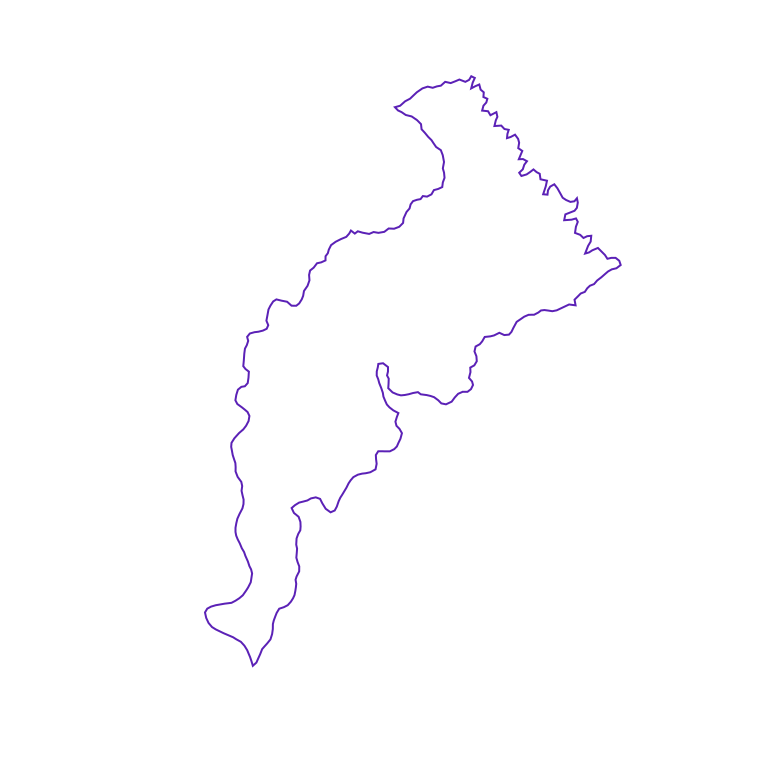 Paineiras, Minas Gerais, Brazil (orthographic projection), rotated 121°
{"feature_id": "56859067B75073626302376", "entity_name": "Paineiras", "entity_type": "district", "adm_level": 2, "iso_a3": "BRA", "parent_name": "Brazil", "parent_adm1": "Minas Gerais", "projection": "orthographic", "projection_center": [-45.479, -18.904], "detail": "fine", "context": "isolated", "style": "outline", "palette": "violet", "viewbox_px": 768, "rotation_deg": 121, "n_neighbors": 0, "source": "geoboundaries", "source_scale": "gbopen_adm2", "svg_char_len": 5410}
<svg xmlns="http://www.w3.org/2000/svg" viewBox="0 0 768 768"><g transform="rotate(121 384 384)"><path d="M693.1,351.3L688.5,349.9L684.5,350.4L679.3,351.0L674.0,351.9L670.6,351.3L666.5,350.5L661.4,349.8L656.0,351.1L651.3,353.1L647.0,355.6L643.4,356.7L639.1,357.5L635.5,358.1L630.6,358.1L626.9,354.9L623.2,352.6L618.6,351.7L614.5,351.6L611.0,352.0L607.1,353.4L603.7,354.8L600.5,356.3L597.3,359.0L594.0,359.8L588.3,360.2L584.0,362.7L581.1,366.4L578.0,369.7L573.9,371.7L569.9,373.7L566.9,376.5L561.4,379.4L556.7,380.3L552.5,380.4L549.1,382.1L545.3,384.6L541.8,388.8L540.9,394.8L537.9,399.3L533.7,397.9L529.4,395.7L526.5,392.8L523.3,389.7L519.7,387.7L516.3,384.1L515.4,379.6L518.0,375.5L521.0,369.7L521.5,363.7L517.8,361.1L513.4,361.3L507.8,362.5L503.9,362.9L500.5,362.8L497.0,362.8L492.2,362.8L487.4,363.2L483.7,363.0L479.6,362.3L475.2,359.7L472.1,356.6L469.9,353.7L466.7,350.3L461.5,347.3L456.2,349.2L452.5,352.1L449.1,354.4L444.6,354.3L442.2,350.2L438.7,344.3L434.6,341.7L430.9,340.8L427.0,341.3L422.5,341.7L416.9,343.3L414.5,347.6L413.4,351.8L410.4,354.8L405.6,356.0L401.5,356.7L401.8,362.4L401.2,367.3L400.1,371.0L397.7,374.5L395.1,378.0L392.1,380.5L388.8,384.4L385.7,388.5L382.9,391.4L380.5,394.6L376.9,396.7L372.9,397.9L369.7,399.2L366.7,395.5L367.4,389.3L371.3,387.0L375.1,385.8L377.0,382.7L381.5,380.2L385.4,378.2L386.8,372.3L386.1,367.2L385.0,363.6L382.7,360.5L380.0,357.5L376.7,354.4L373.5,350.7L373.9,347.2L371.5,341.7L370.3,338.0L369.5,334.3L370.0,329.1L371.1,324.9L369.5,320.4L364.3,316.9L359.1,316.4L354.2,315.4L350.1,312.5L347.7,308.4L343.6,306.8L339.0,307.2L336.5,309.8L335.0,314.3L329.3,316.0L325.5,318.5L321.5,316.2L316.7,316.2L312.6,319.1L309.5,323.2L304.7,324.8L300.6,322.4L296.9,321.8L291.8,321.9L288.4,317.4L285.7,314.7L280.7,311.5L280.1,306.1L277.3,302.3L273.7,301.6L269.2,302.0L262.4,302.3L258.3,300.4L254.1,298.5L250.2,295.7L247.3,291.0L243.2,288.5L240.1,287.3L238.0,284.6L236.4,280.9L234.9,277.2L231.9,273.9L226.2,270.1L220.5,266.3L217.9,260.3L213.6,264.1L208.5,262.8L205.1,262.0L201.6,259.3L197.3,259.1L193.7,258.1L190.2,255.4L185.5,254.6L180.4,252.6L175.4,251.0L172.1,249.9L168.4,247.8L165.1,244.4L160.1,242.4L157.2,245.8L156.6,250.4L158.8,254.1L161.6,257.0L159.6,261.1L158.3,266.3L157.2,270.7L162.1,274.3L165.6,276.0L168.6,278.8L160.5,280.2L155.5,280.2L150.2,282.7L152.7,286.0L156.1,288.2L155.1,292.7L156.1,298.1L150.3,300.5L145.2,301.4L143.2,304.7L146.5,307.8L150.8,313.9L145.2,315.9L141.3,312.9L137.4,309.9L133.7,309.4L128.7,311.3L125.4,314.3L129.3,314.9L131.9,318.0L132.5,322.7L132.3,326.8L129.8,331.1L126.9,336.2L125.1,340.9L129.2,343.2L133.5,343.2L137.5,341.4L139.4,345.3L131.4,347.1L125.8,349.0L127.9,355.3L123.6,358.8L123.8,362.3L123.1,366.4L127.2,368.0L130.9,369.7L134.9,373.4L133.3,376.9L128.5,375.6L123.7,376.7L119.4,376.2L119.6,380.7L121.9,384.2L113.0,385.5L112.7,390.4L107.6,392.4L104.8,395.3L102.8,400.1L107.1,402.7L109.9,405.2L106.1,407.0L101.9,408.0L103.4,412.1L102.1,416.6L106.0,422.2L100.3,424.0L96.6,424.4L93.1,427.7L98.8,431.2L96.6,435.3L99.1,440.7L94.2,442.1L90.0,441.3L86.3,442.3L86.8,446.6L82.6,448.7L81.9,452.8L78.2,456.6L81.7,459.1L85.7,461.5L80.0,463.2L74.9,463.8L75.3,467.7L79.5,467.7L83.1,469.9L84.2,476.2L87.8,478.8L91.7,481.8L93.5,487.2L99.0,488.9L101.6,491.9L105.0,494.8L106.6,499.7L110.8,503.3L117.0,506.1L121.6,507.4L126.0,508.6L130.8,511.5L137.2,513.5L141.1,517.2L142.3,512.9L141.9,509.0L142.2,503.9L140.4,498.1L140.8,491.6L142.2,486.1L146.3,483.0L147.6,478.5L149.4,473.4L150.5,468.9L152.2,465.4L154.0,461.4L154.3,455.7L157.6,451.5L162.8,446.9L168.9,444.6L171.9,441.4L176.1,438.3L180.9,437.4L185.2,435.5L189.0,438.1L192.1,441.1L197.0,441.0L201.2,443.6L202.9,447.5L206.7,447.9L209.1,450.6L212.3,453.3L216.3,453.7L220.4,452.5L224.9,453.3L228.5,452.9L232.0,452.5L236.1,450.6L241.4,451.9L245.7,455.3L248.3,460.1L253.4,462.1L257.3,466.6L259.1,471.2L263.0,474.0L265.3,480.2L266.6,485.1L270.1,486.5L269.5,491.4L273.0,491.3L277.3,492.1L281.9,495.5L287.0,498.7L292.2,500.9L297.3,500.5L300.8,499.5L304.6,499.9L308.2,497.8L312.1,500.5L315.0,503.6L320.5,504.2L324.8,505.8L329.1,504.4L333.5,501.3L339.2,500.1L345.5,500.5L350.1,498.7L353.8,498.1L358.6,498.2L362.1,499.5L364.5,503.6L363.4,509.4L365.4,514.9L366.9,519.8L370.3,521.5L375.3,521.7L379.6,521.4L384.9,519.4L390.3,517.4L393.2,513.5L397.1,513.0L400.6,515.3L403.9,518.6L406.3,521.7L409.8,525.0L414.1,525.6L417.0,522.6L421.4,521.6L425.3,521.4L429.9,519.4L436.0,516.3L441.2,513.8L442.5,510.4L443.0,506.2L448.4,503.4L453.4,501.3L457.6,502.1L459.9,504.8L464.1,506.3L469.4,505.0L474.5,503.0L476.7,499.4L477.2,493.7L477.7,490.0L478.3,486.5L480.7,482.9L485.5,481.0L490.8,480.7L495.2,481.2L500.8,483.0L507.6,484.3L513.0,484.4L516.6,482.6L519.6,479.9L522.8,477.1L525.5,474.0L528.3,470.7L531.6,468.4L535.4,466.2L539.0,461.6L541.4,455.9L544.5,453.0L548.9,451.1L552.2,448.0L555.4,444.8L559.3,442.6L563.5,441.3L569.9,440.9L575.0,440.3L579.4,438.9L583.8,437.2L587.3,435.1L590.1,432.6L592.5,429.4L594.9,425.5L598.0,421.3L600.1,417.4L602.7,414.3L606.2,409.3L609.4,405.6L611.4,402.4L614.3,399.5L618.9,397.6L622.6,396.1L628.4,395.7L632.2,395.8L637.8,396.2L642.2,397.7L646.3,399.7L650.1,402.0L652.3,404.8L654.4,407.5L657.1,410.6L660.3,414.3L663.9,417.6L667.6,419.8L672.0,419.8L676.1,415.9L679.2,411.3L680.9,406.3L681.0,401.8L680.6,397.4L680.2,393.0L679.4,387.2L678.8,382.9L678.9,379.3L678.7,373.9L680.2,368.9L682.6,364.2L684.9,361.1L687.0,358.2L689.8,354.9L693.1,351.3Z" fill="none" stroke="#5b21b6" stroke-width="2"/></g></svg>